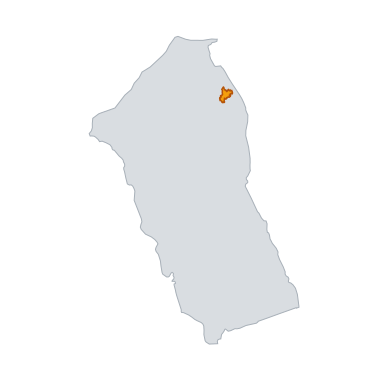 location of Bodi, Western, Ghana, rotated 161°
{"feature_id": "2480657B1960270363323", "entity_name": "Bodi", "entity_type": "district", "adm_level": 2, "iso_a3": "GHA", "parent_name": "Ghana", "parent_adm1": "Western", "projection": "equal_earth", "projection_center": [-2.872, 6.24], "detail": "fine", "context": "in_parent", "style": "filled", "palette": "amber", "viewbox_px": 384, "rotation_deg": 161, "n_neighbors": 0, "source": "geoboundaries", "source_scale": "gbopen_adm2", "svg_char_len": 5227}
<svg xmlns="http://www.w3.org/2000/svg" viewBox="0 0 384 384"><g transform="rotate(161 192 192)"><path d="M225.2,42.6L227.5,45.5L228.0,47.1L227.2,53.2L225.6,57.5L224.5,61.5L224.7,63.5L225.7,65.5L229.1,68.7L230.9,70.7L232.9,73.8L235.3,76.9L239.4,80.8L241.1,81.5L241.1,82.6L240.5,84.1L240.2,98.9L239.9,102.7L239.6,104.6L239.2,110.1L238.8,110.9L238.0,110.8L237.3,111.0L237.2,112.1L237.4,113.2L239.9,114.0L239.4,114.9L237.6,115.6L236.7,117.3L237.1,119.2L236.1,120.7L236.4,121.7L237.0,122.5L238.1,122.2L240.9,119.7L242.1,119.4L243.6,119.9L246.4,123.8L246.5,125.7L245.4,132.2L244.3,137.2L244.1,143.9L245.3,147.6L245.2,149.7L243.9,151.5L241.1,154.0L241.3,155.8L242.6,159.1L245.0,162.7L249.7,167.3L252.2,173.2L252.3,175.6L250.8,178.0L249.1,180.1L248.6,183.1L249.4,202.9L245.7,211.5L245.7,214.0L246.1,216.8L247.1,218.5L249.0,219.0L250.5,220.7L250.0,226.7L249.2,232.9L249.1,235.8L248.6,237.3L247.2,238.4L246.6,240.4L247.0,242.8L246.7,244.5L247.5,246.8L249.2,249.7L251.9,256.8L253.0,257.4L253.5,258.9L253.2,260.3L254.2,263.4L257.3,266.6L260.4,269.3L263.0,269.7L263.6,272.2L265.3,275.3L266.5,276.7L268.5,277.6L270.1,278.1L270.2,280.7L267.3,282.5L265.3,285.2L263.9,289.4L261.8,294.0L254.7,296.3L252.0,296.4L237.5,296.5L223.9,305.5L216.0,308.7L211.2,313.7L204.7,317.3L200.2,321.7L190.8,323.8L175.3,330.7L170.5,333.4L165.6,338.2L157.7,343.8L154.6,343.7L148.3,338.5L143.7,335.8L132.2,331.8L123.7,330.3L119.5,328.6L118.4,328.3L119.4,326.4L121.8,326.3L124.3,326.8L126.2,325.4L128.9,325.2L129.7,323.7L129.9,319.9L129.9,316.9L130.8,315.5L131.1,311.9L129.7,304.0L128.8,303.0L123.8,301.9L123.4,300.3L122.5,298.7L121.5,294.6L120.5,288.5L118.7,280.9L115.4,268.4L114.5,264.0L114.0,259.5L113.8,254.1L114.5,252.1L114.4,249.4L114.1,246.6L116.5,240.3L121.1,232.5L122.1,229.7L122.9,227.7L123.1,224.9L123.9,215.9L126.1,205.0L127.5,200.8L128.4,198.6L129.6,194.9L129.9,193.2L134.1,189.0L136.1,187.8L136.5,186.1L135.8,184.3L136.1,183.0L137.1,182.4L138.7,181.9L139.8,180.1L138.0,166.6L136.6,153.2L136.5,152.1L135.6,150.2L134.8,144.7L133.4,141.4L131.4,140.5L131.4,137.4L133.4,132.3L133.9,129.3L132.9,128.4L132.8,126.0L133.5,122.2L133.1,119.9L132.8,117.4L130.7,111.5L130.2,107.3L131.3,104.9L131.2,99.6L130.1,91.4L129.9,86.2L130.7,84.1L130.3,82.0L128.8,80.1L128.7,78.2L130.0,76.3L129.8,74.9L128.2,73.8L126.7,71.3L125.5,67.3L125.7,60.9L128.1,49.2L128.4,48.2L131.2,48.2L131.2,48.7L139.7,48.6L149.4,48.5L161.0,48.3L171.6,48.2L172.0,47.7L173.8,47.0L184.4,48.2L191.1,47.6L193.9,48.0L196.0,48.8L200.6,48.3L203.1,48.6L204.9,51.5L205.7,51.5L206.7,50.3L208.5,48.9L210.4,47.7L211.7,45.4L212.6,43.7L213.8,44.0L215.5,43.9L216.7,42.5L217.1,40.2L225.2,42.6Z" fill="#d9dde1" stroke="#a8b0b8" stroke-width="1"/><path d="M124.3,277.1L124.4,276.8L124.5,276.8L124.7,276.7L124.8,276.7L125.0,276.6L125.2,276.4L125.3,276.3L125.4,276.2L125.5,276.2L125.6,276.3L125.7,276.2L125.8,276.2L125.9,275.9L125.9,276.0L126.0,276.0L126.0,275.9L126.2,275.7L126.3,275.7L126.3,275.8L126.4,276.0L126.5,276.0L126.6,276.3L126.7,276.5L126.8,276.6L126.8,276.9L126.8,277.1L127.0,277.1L127.1,277.3L127.2,277.5L127.3,277.5L127.4,277.8L127.5,277.8L127.5,278.0L127.8,278.1L127.9,278.3L127.9,278.6L128.0,278.9L128.0,279.0L128.1,279.5L128.0,279.9L127.9,280.1L128.0,280.3L128.0,280.7L128.0,280.8L128.2,281.0L129.7,279.9L130.4,279.3L130.2,277.8L130.9,276.7L131.2,275.1L131.4,274.8L131.4,274.3L131.8,274.1L132.1,273.9L132.3,274.1L132.2,273.8L132.5,273.7L132.8,273.8L133.0,273.8L133.1,273.7L133.3,273.8L133.5,273.8L133.8,273.5L133.9,273.1L133.7,272.9L133.5,272.5L133.9,272.1L134.0,272.1L134.3,271.9L134.6,272.0L135.0,272.1L135.3,271.5L135.2,270.5L135.3,270.1L135.5,270.2L135.5,269.9L135.6,269.6L135.4,269.6L135.0,269.1L134.9,269.0L134.8,268.6L134.7,268.4L134.6,268.1L134.4,268.0L134.4,267.9L134.4,268.0L134.4,267.9L134.5,267.9L134.5,267.7L134.4,267.3L134.3,267.2L134.0,267.2L133.9,267.0L133.9,266.9L134.0,266.8L133.8,266.7L133.7,266.5L133.4,266.7L133.4,266.8L133.2,266.8L133.3,266.7L133.1,266.6L132.9,266.7L132.9,266.8L132.7,266.8L132.6,266.7L132.6,266.4L132.5,266.2L132.4,266.2L132.1,266.3L132.0,266.5L131.9,266.9L132.2,267.2L130.8,269.9L130.0,268.9L129.9,268.9L129.9,269.0L129.7,269.0L129.4,268.9L129.2,268.9L129.0,269.1L128.9,269.1L128.7,269.2L128.9,269.6L128.6,269.8L128.4,269.8L128.2,269.9L127.9,269.9L127.7,270.0L127.4,269.9L127.2,269.8L126.9,269.8L126.7,270.0L126.5,269.9L126.4,269.9L126.2,269.8L126.0,269.7L125.9,269.6L125.7,269.5L125.4,269.7L125.2,269.8L124.9,269.9L124.9,270.0L124.7,270.0L124.7,270.3L124.5,270.6L124.6,270.9L124.7,271.0L124.4,271.1L124.2,271.2L124.3,271.3L124.2,271.3L124.3,271.4L124.2,271.5L124.3,271.5L124.2,271.6L124.2,271.8L123.9,271.9L123.8,272.0L123.8,272.3L123.7,272.3L123.4,272.3L123.2,272.4L122.9,272.4L122.7,272.4L122.2,272.1L122.0,271.9L121.9,271.8L121.7,272.0L121.6,272.3L121.5,272.6L121.4,272.8L121.4,273.0L121.5,273.4L121.5,273.5L121.4,273.6L121.4,273.8L121.3,274.0L121.4,274.3L121.4,274.5L121.4,274.8L121.4,275.0L121.6,275.0L121.7,274.9L122.1,275.2L122.2,275.3L122.4,275.5L122.5,275.7L122.6,275.8L122.7,275.7L122.8,275.6L122.8,275.4L122.9,275.2L122.9,275.3L123.0,275.2L123.1,275.3L123.3,275.4L123.4,275.5L123.5,275.5L123.8,275.8L123.9,276.1L124.0,276.4L123.9,276.5L123.9,276.8L123.9,277.0L124.0,277.1L124.3,277.1Z" fill="#f59e0b" stroke="#b45309" stroke-width="1.5"/></g></svg>